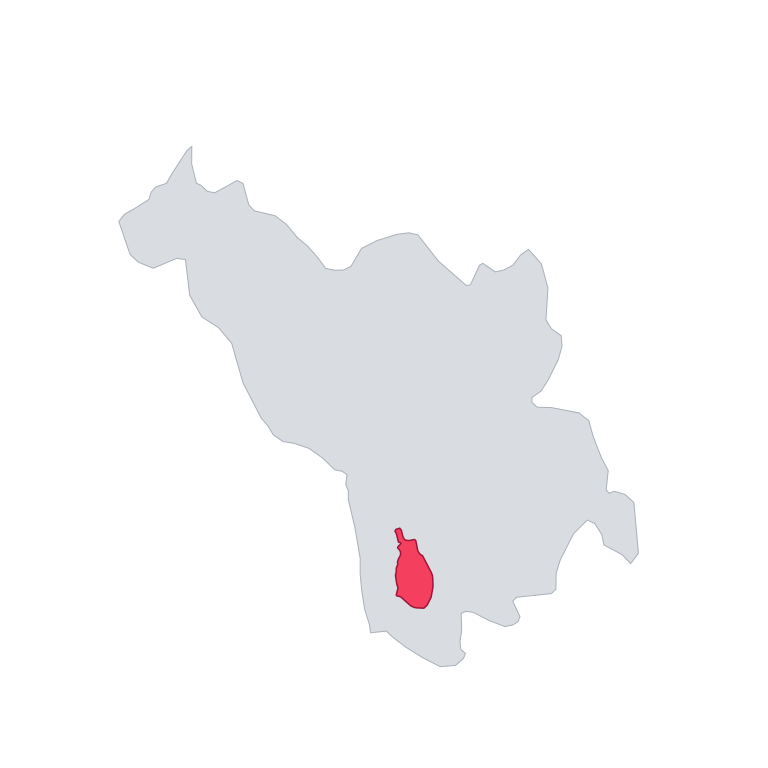 Bohinj highlighted on a map of Slovenia, rotated 250°
{"feature_id": "SVN-1009", "entity_name": "Bohinj", "entity_type": "Municipality", "adm_level": 1, "iso_a3": "SVN", "parent_name": "Slovenia", "parent_adm1": "", "projection": "albers", "projection_center": [14.006, 46.306], "detail": "fine", "context": "in_parent", "style": "filled", "palette": "rose", "viewbox_px": 768, "rotation_deg": 250, "n_neighbors": 0, "source": "natural_earth", "source_scale": "10m", "svg_char_len": 2438}
<svg xmlns="http://www.w3.org/2000/svg" viewBox="0 0 768 768"><g transform="rotate(250 384 384)"><path d="M672.9,284.6L656.4,278.5L636.8,276.4L633.2,280.0L625.4,283.9L621.6,290.4L625.4,315.6L620.7,320.1L598.4,318.2L591.1,321.3L579.4,339.2L567.1,347.0L551.4,352.6L539.9,359.3L525.2,365.1L512.6,368.7L507.8,376.5L504.9,385.1L505.9,393.3L519.1,409.3L521.2,426.6L520.2,447.8L517.5,459.2L512.6,466.8L481.0,477.1L448.3,495.1L447.6,499.1L462.9,514.3L463.6,518.1L451.2,527.1L450.1,535.9L451.7,546.1L458.5,556.5L461.1,565.8L443.0,573.0L418.2,570.9L388.8,558.1L378.6,560.2L368.8,567.0L358.6,564.2L347.4,556.2L331.5,539.5L323.8,529.3L320.6,518.3L316.3,516.7L309.8,520.0L304.5,533.4L290.1,557.4L279.3,563.9L263.0,562.6L240.2,563.1L226.0,565.1L208.6,556.6L204.4,558.2L204.4,563.8L197.9,572.6L187.2,578.3L137.9,565.2L130.9,554.4L142.1,549.4L157.6,535.6L168.1,537.2L180.9,534.3L186.6,528.4L178.5,510.9L158.1,489.2L147.3,481.0L132.4,475.4L129.8,469.6L138.3,435.6L135.8,430.7L118.8,432.2L114.9,428.6L113.5,422.7L114.7,414.6L126.2,401.4L139.0,389.7L142.4,383.2L142.0,378.0L125.8,372.7L116.0,367.3L108.3,365.4L102.9,368.4L99.0,364.9L95.1,355.1L99.1,340.2L113.8,326.5L129.5,314.3L143.2,305.5L151.0,301.7L154.8,286.3L162.9,288.0L179.0,288.8L196.9,292.3L213.6,296.6L228.3,302.0L259.2,307.6L287.4,310.9L295.9,314.0L302.8,313.7L311.4,318.3L316.4,314.7L320.0,308.5L335.2,301.1L349.2,291.4L359.0,279.2L364.4,269.5L374.0,262.6L384.3,260.6L393.7,257.0L433.3,251.9L474.2,254.8L493.5,247.8L509.3,235.8L532.6,232.0L533.8,231.8L569.0,240.0L571.5,234.7L573.0,232.3L571.7,206.8L582.4,194.9L592.5,189.7L627.4,190.4L632.2,198.1L634.3,210.2L637.9,226.3L643.9,230.7L647.2,237.0L647.0,248.3L654.0,256.5L670.8,278.7L672.9,284.6Z" fill="#d9dde1" stroke="#a8b0b8" stroke-width="1"/><path d="M243.1,349.5L240.8,350.3L234.6,349.6L232.4,349.8L230.4,350.3L229.1,352.2L228.3,354.0L227.7,358.2L227.3,359.6L225.8,360.3L215.4,358.7L211.8,359.6L209.4,361.5L190.6,364.0L187.9,364.0L185.2,363.5L176.9,360.8L167.6,355.4L161.4,348.9L159.7,344.8L162.4,338.3L163.8,335.8L166.5,333.2L178.3,326.8L180.8,323.3L182.0,323.6L187.7,327.5L191.4,327.5L200.2,329.3L203.4,331.3L206.9,332.6L209.7,335.2L211.7,335.6L214.1,337.2L215.2,338.3L216.3,339.6L218.0,341.2L220.7,342.1L222.2,341.9L223.7,341.4L224.8,340.9L226.0,341.0L226.9,342.5L228.0,345.1L228.8,345.6L230.5,343.5L239.5,344.5L240.5,344.1L241.7,344.0L242.4,344.3L243.3,345.6L243.1,349.5Z" fill="#f43f5e" stroke="#9f1239" stroke-width="1.5"/></g></svg>